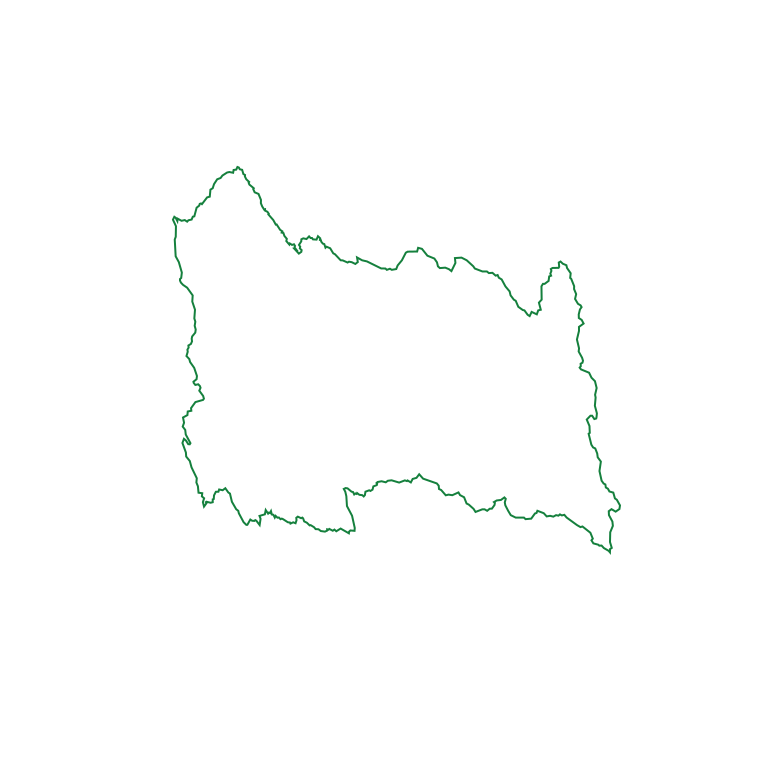 outline of Chaparral, Tolima, Colombia, rotated 148°
{"feature_id": "7082276B10096367300511", "entity_name": "Chaparral", "entity_type": "district", "adm_level": 2, "iso_a3": "COL", "parent_name": "Colombia", "parent_adm1": "Tolima", "projection": "equal_earth", "projection_center": [-75.57, 3.753], "detail": "fine", "context": "isolated", "style": "outline", "palette": "green", "viewbox_px": 768, "rotation_deg": 148, "n_neighbors": 0, "source": "geoboundaries", "source_scale": "gbopen_adm2", "svg_char_len": 6166}
<svg xmlns="http://www.w3.org/2000/svg" viewBox="0 0 768 768"><g transform="rotate(148 384 384)"><path d="M393.3,645.7L395.7,644.1L398.1,645.2L400.0,643.1L402.8,645.7L405.0,646.5L410.6,646.4L413.4,645.3L417.0,646.0L422.2,643.6L425.5,640.8L428.2,640.8L432.5,635.2L435.1,636.0L443.1,633.0L443.5,634.1L444.8,634.4L446.2,633.2L449.5,632.8L456.0,626.7L457.5,627.2L460.0,625.4L463.1,626.5L464.9,626.0L466.1,628.6L469.2,629.7L471.4,633.6L472.9,631.7L472.6,635.4L473.2,636.9L475.9,635.2L476.8,628.1L482.6,619.2L484.9,617.4L493.0,602.7L493.4,596.1L496.4,585.6L499.8,581.4L501.4,581.1L502.2,579.8L502.5,577.6L501.9,574.6L499.9,570.0L499.3,560.5L502.9,555.5L504.9,547.2L510.1,540.1L511.0,536.8L513.7,533.7L514.8,530.0L516.8,527.6L521.5,526.0L523.1,524.3L524.2,521.9L526.5,520.3L529.5,520.3L530.4,518.4L532.5,517.3L533.4,515.3L536.7,512.4L535.9,508.3L536.8,505.4L536.4,498.3L538.4,489.9L540.4,487.4L544.4,486.9L544.8,485.8L544.5,483.2L541.7,482.2L541.2,479.8L541.6,478.0L544.2,476.2L543.7,469.7L544.5,467.0L545.9,466.4L553.5,468.6L560.4,465.8L561.6,463.4L565.0,464.7L567.2,461.8L572.2,462.1L574.1,457.1L577.3,454.5L576.9,450.4L578.9,446.2L579.5,436.4L580.7,435.8L581.9,436.7L581.9,440.9L582.7,443.5L586.2,440.8L588.3,430.9L590.2,427.3L589.5,421.6L591.4,415.3L592.7,403.3L595.3,399.9L596.0,395.9L598.9,390.1L596.0,387.7L598.0,385.2L597.1,382.4L600.2,379.8L601.6,375.4L597.7,377.0L597.7,378.2L597.0,378.3L594.0,375.2L591.9,374.5L590.4,376.9L589.3,376.7L587.2,379.6L583.7,381.7L581.5,380.4L579.7,381.9L577.1,379.4L573.8,379.7L573.5,374.5L572.7,372.7L575.4,364.7L575.7,356.1L574.8,353.7L575.6,351.3L576.3,341.2L575.4,337.5L574.5,337.0L569.2,339.9L568.3,337.9L566.5,336.6L565.3,336.8L564.7,335.7L564.2,330.3L560.1,335.1L559.5,338.1L554.1,336.6L551.1,339.8L551.0,335.5L549.7,335.9L549.1,335.0L547.2,336.1L548.3,332.8L547.1,331.7L547.4,328.6L545.8,329.6L545.2,327.1L543.9,326.5L543.4,324.2L542.0,324.0L541.2,322.8L538.8,317.7L537.1,316.3L537.3,315.2L534.3,314.8L532.8,312.8L530.4,314.8L529.3,317.0L527.4,317.2L525.4,314.1L524.1,314.0L523.8,312.9L524.5,309.8L522.9,307.2L522.0,303.5L521.0,303.2L519.2,299.6L518.9,297.2L516.5,295.5L515.5,292.8L512.3,290.1L510.0,289.8L509.2,290.9L508.3,289.8L507.2,290.1L505.2,286.7L503.2,286.8L502.5,284.4L497.4,284.4L492.9,276.0L491.8,277.3L490.1,277.6L486.8,275.1L485.1,277.4L480.9,289.2L480.1,300.1L475.4,308.8L473.9,313.2L473.7,316.3L471.7,316.1L470.2,314.8L468.6,309.9L467.5,308.8L467.8,306.1L466.2,306.3L465.5,305.3L464.6,305.8L463.6,303.1L461.3,301.2L460.8,299.4L459.1,299.9L456.8,302.5L452.9,301.7L452.2,300.5L449.7,300.5L447.3,302.8L443.7,302.1L442.6,303.1L442.8,304.0L441.4,304.3L437.6,302.8L434.6,299.7L432.0,299.9L428.6,298.3L423.4,292.4L417.4,291.2L416.0,289.5L415.1,289.7L413.4,286.3L410.0,288.3L406.2,287.2L402.0,288.8L401.0,283.0L391.9,271.7L391.5,268.8L393.0,265.8L391.7,263.8L390.6,256.9L387.9,256.0L385.0,253.5L378.3,252.6L378.4,249.5L376.1,245.5L377.3,238.9L376.0,236.8L374.2,230.6L374.2,227.0L367.0,225.6L365.1,224.4L363.7,221.8L360.4,222.2L358.6,221.1L354.4,222.8L353.0,224.4L353.3,225.6L350.1,225.5L346.3,223.7L342.0,224.0L341.6,222.1L344.3,219.6L345.4,216.8L345.9,210.7L346.0,205.6L343.1,200.9L336.1,196.5L335.6,194.4L330.5,191.8L324.6,194.2L323.0,193.8L321.1,195.2L317.0,189.8L316.2,185.5L313.0,184.2L310.7,181.8L307.6,181.6L305.8,179.9L303.9,180.2L302.8,178.3L300.4,177.5L299.9,174.0L295.1,162.1L293.2,158.5L291.2,158.0L287.8,148.5L288.9,142.2L290.9,141.5L290.9,137.9L287.4,134.1L287.1,132.8L285.1,131.7L284.5,128.4L281.9,123.5L281.6,121.5L279.8,124.2L277.7,124.3L276.1,130.2L270.7,138.4L265.1,142.4L263.2,146.3L262.7,153.6L260.8,157.0L257.4,157.3L255.2,153.0L250.6,153.2L248.2,156.0L247.9,162.5L248.8,164.6L247.1,170.4L249.8,173.4L249.6,176.5L250.7,178.7L249.5,181.5L250.5,183.2L250.7,186.7L247.4,196.0L241.2,203.3L241.6,208.6L240.0,212.1L239.0,217.4L240.3,219.4L240.3,222.7L236.8,233.4L235.4,233.5L232.0,239.5L230.9,246.4L225.7,247.7L224.3,246.8L224.2,242.8L222.3,242.3L221.3,243.3L219.0,246.3L216.7,253.8L211.7,260.4L210.7,263.0L205.8,267.9L203.6,274.6L204.7,279.4L204.1,284.9L209.2,292.0L209.4,294.2L207.7,294.8L206.5,297.0L204.4,296.9L202.9,298.3L202.1,301.3L201.7,308.4L199.7,310.9L196.8,319.5L190.5,325.7L188.4,329.1L182.7,329.5L182.4,333.6L183.8,336.7L182.0,339.8L178.3,343.4L175.7,344.5L175.6,346.5L177.0,349.2L176.9,354.9L173.4,358.4L172.5,363.8L170.9,366.2L169.5,374.0L169.9,375.3L167.0,379.0L167.3,385.4L166.4,388.1L168.6,391.2L169.4,394.3L171.4,394.4L173.3,390.6L174.4,390.0L179.6,393.1L181.6,393.1L182.1,391.2L184.5,389.4L184.9,387.3L186.9,387.7L189.8,384.2L194.7,383.8L196.1,384.7L198.7,383.4L205.6,372.0L209.5,370.9L211.7,363.9L214.2,364.7L217.5,362.1L220.6,366.9L224.5,364.4L225.5,366.6L225.9,372.0L227.1,373.2L229.2,378.3L228.2,384.8L229.2,386.7L229.7,392.1L228.4,395.9L229.3,402.4L228.8,410.3L230.3,413.3L229.9,416.2L231.9,416.7L233.1,420.8L236.3,422.5L237.1,424.9L240.9,427.3L245.8,433.8L245.9,436.5L248.3,445.1L251.3,450.1L257.1,453.2L259.3,448.8L267.0,444.0L268.1,447.0L270.4,450.2L275.2,452.7L275.9,455.2L274.6,459.1L274.8,463.7L279.2,469.8L280.2,478.5L282.9,481.4L285.7,478.8L293.8,483.7L295.9,483.8L303.3,479.4L309.6,477.3L312.7,475.0L316.9,476.7L317.9,478.6L321.1,479.3L321.6,481.2L325.1,483.4L333.5,497.0L337.0,500.5L339.8,505.6L341.6,501.3L344.7,501.0L346.8,504.4L348.9,506.3L350.5,506.3L353.5,510.7L355.2,511.9L356.8,520.0L357.8,521.7L357.7,527.6L360.0,530.9L361.4,530.6L360.5,534.3L361.5,535.5L361.8,538.0L361.3,539.4L362.0,540.1L360.9,541.3L361.7,544.3L364.7,542.2L367.6,544.3L367.7,546.0L368.9,546.7L369.3,548.9L372.9,548.0L375.3,550.3L377.4,550.5L378.6,548.8L382.4,547.0L382.3,544.8L383.5,543.6L382.9,541.2L384.1,539.9L387.1,539.7L388.2,545.5L387.2,544.5L387.5,547.4L386.3,548.2L386.3,550.2L388.3,550.7L389.4,553.1L390.4,552.4L391.1,557.0L389.5,558.6L390.0,562.4L389.3,565.3L390.5,566.6L389.3,567.3L390.4,569.8L390.5,576.2L391.3,576.5L391.0,581.7L392.2,589.1L391.5,589.4L391.6,591.8L393.0,594.1L392.3,595.2L393.2,595.4L393.2,599.1L392.6,602.6L390.8,605.3L389.7,611.7L392.1,615.1L391.6,618.6L390.7,619.0L392.5,624.5L392.1,626.5L391.3,626.8L392.3,630.6L392.0,633.7L391.1,634.9L392.0,636.6L390.8,640.8L392.5,642.5L392.4,644.5L393.3,645.7Z" fill="none" stroke="#15803d" stroke-width="2"/></g></svg>